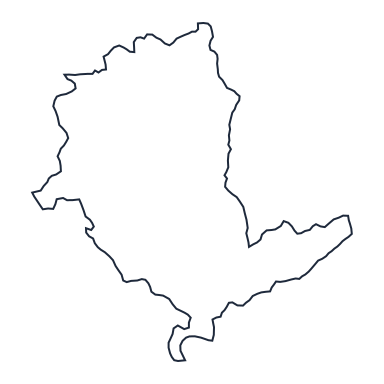 the district of Nazareno, Minas Gerais, Brazil
{"feature_id": "56859067B84580944201233", "entity_name": "Nazareno", "entity_type": "district", "adm_level": 2, "iso_a3": "BRA", "parent_name": "Brazil", "parent_adm1": "Minas Gerais", "projection": "orthographic", "projection_center": [-44.605, -21.212], "detail": "fine", "context": "isolated", "style": "outline", "palette": "slate", "viewbox_px": 384, "rotation_deg": 0, "n_neighbors": 0, "source": "geoboundaries", "source_scale": "gbopen_adm2", "svg_char_len": 3301}
<svg xmlns="http://www.w3.org/2000/svg" viewBox="0 0 384 384"><path d="M56.8,96.6L54.6,100.7L53.3,106.3L55.6,111.1L57.6,116.8L59.3,125.0L62.7,128.3L66.5,132.9L68.2,138.1L66.2,141.8L63.9,145.5L60.8,148.7L59.5,152.3L57.6,156.3L59.8,160.9L60.6,165.7L60.9,171.3L56.1,174.5L51.8,175.8L48.8,178.5L47.3,182.1L43.7,186.0L40.7,190.6L36.8,191.5L32.2,192.6L34.2,196.5L36.6,200.1L39.8,204.9L42.8,209.3L48.1,208.5L53.2,208.9L55.4,204.1L56.7,199.2L63.1,198.0L67.0,200.2L72.8,200.1L79.2,199.4L81.1,203.7L83.5,210.1L85.6,216.5L89.9,219.7L92.1,222.9L93.8,226.6L91.2,230.0L86.0,228.2L86.2,232.6L89.1,236.3L93.1,238.5L94.8,243.2L97.8,247.2L100.8,249.7L104.8,252.2L109.4,256.3L113.0,260.2L115.6,266.0L118.2,269.9L121.6,274.7L123.2,280.5L126.7,282.1L131.1,280.9L137.3,280.5L141.8,279.1L145.4,279.8L148.4,283.3L150.1,286.9L151.4,291.7L155.3,294.6L159.1,295.0L163.1,295.6L169.2,299.0L172.6,304.2L176.3,308.7L180.9,310.9L184.6,312.7L187.8,314.6L190.7,317.7L188.9,322.6L188.9,327.6L184.2,329.1L177.8,325.5L173.6,328.4L172.6,334.0L170.7,338.2L168.6,342.7L168.6,347.7L170.1,353.4L171.8,357.0L174.2,360.2L178.0,361.0L185.1,360.3L182.6,355.1L180.5,350.8L180.3,345.4L182.6,340.8L186.1,337.6L189.5,336.4L194.8,336.3L200.9,337.6L205.0,339.0L208.4,340.2L212.3,340.7L213.8,334.9L214.0,327.2L213.2,323.3L212.5,319.5L216.4,317.5L220.6,316.7L221.9,312.7L224.5,310.2L226.7,306.9L228.9,302.8L232.4,302.4L237.4,305.4L243.0,305.6L246.0,302.7L249.5,300.2L252.7,296.0L257.3,293.8L261.3,292.4L265.6,291.8L270.1,291.4L271.7,287.5L273.9,284.6L276.0,281.5L280.2,281.9L285.5,281.1L291.2,279.5L295.6,278.5L299.3,278.9L302.1,276.3L305.3,274.5L308.7,271.6L311.3,268.7L314.6,264.8L318.1,260.6L322.2,258.8L326.1,256.2L328.6,253.2L331.6,251.2L334.4,248.6L337.4,246.5L340.1,243.9L342.5,241.2L345.5,238.9L348.5,236.9L351.8,233.9L351.3,228.6L349.9,223.6L348.8,220.2L348.1,215.8L343.1,215.6L338.7,217.7L333.7,219.4L329.0,223.4L324.8,227.1L320.5,226.4L316.0,224.2L312.8,226.2L309.8,229.9L305.0,231.0L301.1,233.2L297.3,233.7L294.5,230.6L291.9,226.4L288.4,222.8L283.7,221.1L280.8,226.0L275.3,229.4L271.6,230.0L266.6,230.4L262.0,234.5L260.5,239.5L257.0,242.5L253.3,244.3L249.0,246.9L248.5,242.5L247.6,238.5L246.3,233.2L247.7,228.0L246.5,219.8L244.7,212.9L243.3,206.9L239.8,201.5L236.7,197.1L232.4,194.2L228.3,190.6L225.1,186.8L225.5,182.6L227.0,178.5L224.5,175.3L226.3,172.1L228.3,167.3L227.9,160.6L228.5,153.7L230.9,149.2L228.3,144.7L229.4,140.5L228.9,135.3L230.1,129.3L229.3,124.8L230.7,119.1L232.3,112.6L234.7,109.3L236.2,104.9L239.2,100.4L239.6,96.2L236.6,93.8L234.3,91.2L231.1,89.6L227.0,87.9L224.7,83.8L222.5,80.1L219.1,76.7L218.0,72.9L217.8,69.2L217.1,63.6L217.6,58.8L217.1,54.9L214.4,51.6L210.5,49.9L209.4,45.5L210.6,40.7L213.0,36.9L212.0,31.3L210.7,26.4L207.9,23.6L203.4,23.0L197.9,23.4L198.1,29.2L195.5,31.7L191.9,31.7L188.6,33.5L184.6,35.0L180.5,36.8L176.6,38.6L173.3,42.6L169.5,45.3L164.9,43.5L160.5,39.5L156.4,37.7L152.3,34.6L147.1,34.4L144.1,38.6L140.5,37.3L136.7,37.9L133.8,42.1L134.1,47.3L134.3,52.1L129.8,51.7L126.6,49.3L123.6,47.5L119.2,45.5L114.0,47.4L110.8,50.7L108.0,54.2L103.6,56.6L104.5,60.2L105.6,64.6L106.0,69.5L102.0,69.9L98.5,72.5L95.0,70.5L92.5,73.9L87.1,73.9L80.1,74.3L75.1,75.0L69.2,74.6L64.5,74.7L67.5,79.1L71.3,80.6L74.8,83.6L75.6,88.4L71.8,91.4L66.2,94.0L60.9,95.0L56.8,96.6Z" fill="none" stroke="#1e293b" stroke-width="2"/></svg>